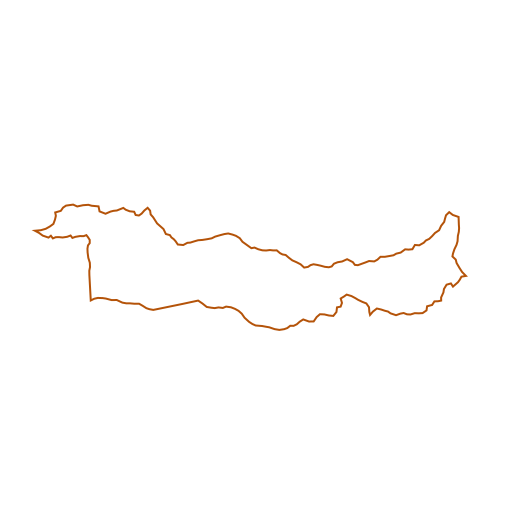 the district of Lucélia, São Paulo, Brazil, rotated 74°
{"feature_id": "56859067B24992356394573", "entity_name": "Lucélia", "entity_type": "district", "adm_level": 2, "iso_a3": "BRA", "parent_name": "Brazil", "parent_adm1": "São Paulo", "projection": "mercator", "projection_center": [-50.994, -21.634], "detail": "fine", "context": "isolated", "style": "outline", "palette": "amber", "viewbox_px": 512, "rotation_deg": 74, "n_neighbors": 0, "source": "geoboundaries", "source_scale": "gbopen_adm2", "svg_char_len": 3243}
<svg xmlns="http://www.w3.org/2000/svg" viewBox="0 0 512 512"><g transform="rotate(74 256 256)"><path d="M173.9,389.0L170.0,394.1L164.9,393.7L162.4,400.1L160.6,403.0L159.5,408.3L159.1,414.2L156.2,417.6L155.2,424.7L156.3,428.1L158.8,431.2L158.8,437.0L162.2,437.3L165.6,439.2L169.3,441.9L170.8,446.0L171.9,450.6L171.9,455.6L170.8,461.5L174.0,458.2L177.6,455.4L181.1,450.4L180.0,447.6L183.1,446.4L182.7,443.4L183.5,440.3L184.9,436.8L185.5,432.2L185.2,428.6L188.0,427.5L187.8,424.4L188.3,419.8L189.4,416.3L189.2,413.3L191.7,412.3L194.7,411.4L197.8,412.3L199.5,414.6L202.5,416.0L206.2,416.9L211.5,417.7L216.7,417.6L220.9,418.6L224.2,420.3L228.3,421.4L253.2,427.1L252.5,423.3L252.7,419.6L254.2,415.0L255.5,412.1L258.6,406.9L259.9,402.0L264.0,397.3L265.8,393.6L266.8,390.1L268.4,386.0L269.7,381.5L272.6,378.7L275.9,375.8L277.7,373.2L279.5,369.6L279.8,365.9L281.8,340.0L282.9,323.9L287.0,320.5L291.4,317.4L293.4,313.2L294.7,310.1L295.1,306.2L296.8,302.2L296.4,298.7L298.4,294.2L301.0,290.8L303.9,287.9L307.5,285.6L312.2,284.0L317.4,280.8L320.4,278.2L322.7,275.5L325.0,269.4L326.8,265.8L328.2,262.9L331.4,258.3L333.5,253.9L334.1,249.1L333.9,245.8L332.5,242.3L333.5,239.1L332.9,235.6L331.2,232.1L330.0,228.1L333.6,223.1L334.8,218.6L331.4,214.5L329.6,210.6L331.0,206.4L333.3,202.3L334.9,198.2L332.0,194.1L327.7,192.3L328.0,188.6L324.8,186.3L320.2,186.3L319.2,182.6L318.1,179.5L320.8,175.3L323.9,172.1L326.2,170.0L329.5,166.3L332.0,163.0L336.4,161.5L341.1,162.5L344.1,162.6L341.7,159.0L339.8,154.3L341.9,150.5L344.1,147.3L345.8,144.4L348.2,142.5L351.5,137.7L351.2,133.1L351.5,129.8L353.7,126.9L354.8,123.6L354.7,119.2L356.0,115.2L356.8,111.6L355.3,107.1L351.5,105.4L351.6,100.2L348.8,97.0L349.7,93.3L349.9,90.3L346.9,89.5L342.7,85.9L339.5,84.4L336.1,80.7L336.1,76.2L339.7,75.1L338.3,72.1L336.9,69.1L335.0,66.7L332.5,64.2L333.0,59.7L328.2,62.3L323.9,63.6L318.1,65.1L314.5,65.0L310.6,67.3L308.0,66.0L304.2,63.4L300.6,60.2L297.4,58.2L292.3,56.4L288.7,54.4L285.2,53.1L281.5,52.3L278.3,51.5L274.3,50.5L270.8,55.5L267.1,58.2L269.2,62.1L272.3,64.1L275.1,65.7L278.0,69.7L281.7,72.9L283.2,77.6L285.5,81.3L287.3,84.8L287.9,88.4L289.5,91.1L290.7,96.2L289.2,100.2L292.6,103.8L291.9,107.6L290.7,110.8L292.6,116.0L292.4,120.5L293.2,123.6L292.8,127.6L292.3,132.3L291.1,136.6L293.0,140.3L293.8,143.8L292.0,148.7L292.4,153.0L292.6,156.1L292.9,160.6L291.8,163.4L288.6,164.6L284.2,169.3L285.0,174.7L284.5,179.3L284.9,183.2L286.9,186.1L286.9,189.1L285.4,192.8L283.1,196.6L281.4,199.7L279.8,203.0L279.8,206.1L280.8,209.0L280.4,212.9L276.3,215.4L273.2,218.7L270.2,222.3L266.6,225.0L263.2,227.2L261.8,230.1L259.9,232.1L256.3,234.5L255.3,238.1L254.1,241.0L253.5,244.8L252.3,248.3L250.1,252.0L247.5,255.1L247.2,258.3L244.3,260.6L241.5,262.8L238.6,265.1L234.4,266.7L231.1,269.7L229.0,272.6L226.7,276.5L226.2,280.3L226.1,284.5L226.1,289.9L226.8,293.7L226.4,298.1L225.8,303.0L224.9,307.3L224.9,311.4L225.0,315.5L224.4,318.3L225.4,322.9L223.4,328.0L219.7,329.2L217.2,330.4L214.8,332.2L212.2,333.0L210.0,336.6L204.6,337.5L197.4,342.1L190.4,344.2L187.0,345.8L183.2,345.3L179.8,346.9L181.5,350.8L183.7,354.2L184.8,357.4L183.4,360.4L179.9,360.9L178.2,365.1L175.6,368.5L173.2,370.3L173.9,377.2L173.3,380.6L173.2,383.6L173.9,389.0Z" fill="none" stroke="#b45309" stroke-width="2"/></g></svg>